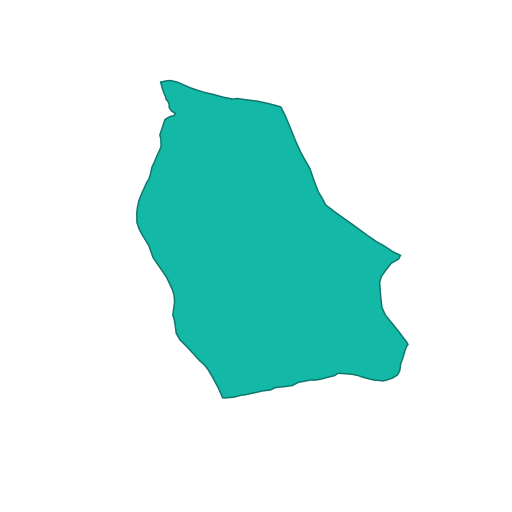 Dorbor, Grand Kru, Liberia, rotated 130°
{"feature_id": "62588387B97917112158690", "entity_name": "Dorbor", "entity_type": "district", "adm_level": 2, "iso_a3": "LBR", "parent_name": "Liberia", "parent_adm1": "Grand Kru", "projection": "equal_earth", "projection_center": [-8.281, 4.99], "detail": "fine", "context": "isolated", "style": "filled", "palette": "teal", "viewbox_px": 512, "rotation_deg": 130, "n_neighbors": 0, "source": "geoboundaries", "source_scale": "gbopen_adm2", "svg_char_len": 2024}
<svg xmlns="http://www.w3.org/2000/svg" viewBox="0 0 512 512"><g transform="rotate(130 256 256)"><path d="M162.7,145.7L163.3,148.3L164.7,153.6L166.0,164.8L167.6,173.1L168.7,184.5L169.7,200.4L170.8,213.9L171.5,222.7L172.1,235.5L169.1,242.7L166.9,249.2L162.9,256.5L161.4,259.2L154.2,271.3L149.6,283.9L147.4,289.3L141.9,300.7L135.8,312.0L129.9,323.5L125.9,332.6L126.2,333.5L128.0,337.6L131.7,345.4L136.5,354.4L142.3,363.4L147.6,371.9L150.5,374.3L155.2,382.8L159.8,392.8L163.8,400.6L166.7,407.4L169.8,415.7L173.2,427.6L176.4,434.1L178.8,436.7L183.0,440.0L184.0,440.9L187.9,435.4L190.6,430.9L192.4,427.2L193.8,425.5L194.4,422.1L195.9,419.7L197.9,418.2L199.2,414.0L198.6,409.6L201.5,409.0L203.9,411.3L207.1,412.5L210.0,413.4L212.5,412.5L213.4,412.1L218.8,409.9L224.9,407.6L228.1,403.5L233.5,398.8L241.3,396.7L241.8,396.6L249.1,394.3L254.8,392.8L261.3,389.4L263.9,388.3L265.9,387.5L270.4,386.9L276.9,385.0L280.8,384.0L289.1,381.2L295.1,378.0L299.5,375.1L306.9,368.7L310.6,362.6L313.3,355.6L313.8,354.0L317.1,344.5L323.4,333.7L325.3,327.0L327.1,320.3L329.1,313.3L329.7,311.1L333.0,303.8L335.6,298.3L338.7,293.5L343.6,288.8L349.6,285.0L354.6,281.8L357.4,277.6L361.5,272.8L366.5,267.4L369.2,260.1L369.2,259.1L369.9,251.1L371.3,239.6L372.4,232.1L372.5,226.3L372.6,225.5L373.8,219.7L377.3,210.0L381.4,199.8L385.8,190.9L386.1,190.3L384.0,187.8L378.2,182.1L371.9,177.7L369.8,175.5L358.3,166.6L355.3,164.4L350.5,159.9L349.4,158.8L344.6,156.7L340.1,152.6L338.9,151.2L331.8,144.9L326.5,142.7L325.3,142.3L323.1,140.3L315.9,134.5L313.3,131.2L309.0,127.4L302.8,123.1L297.3,119.0L293.0,117.7L289.7,113.2L284.5,105.8L281.8,100.6L280.2,96.3L278.3,92.2L277.9,91.3L275.1,85.7L272.3,81.8L269.9,78.2L266.6,75.9L261.8,73.0L258.6,71.9L256.0,71.1L251.3,72.2L245.7,75.8L238.7,78.4L232.6,81.1L228.9,82.4L226.1,82.7L225.2,84.8L223.3,93.2L222.4,97.0L220.1,108.5L218.2,118.7L214.5,126.4L208.0,133.3L205.9,135.4L202.7,138.6L196.6,144.4L190.9,146.8L183.0,147.5L174.6,147.7L166.7,144.8L162.7,145.7Z" fill="#14b8a6" stroke="#0f766e" stroke-width="1.5"/></g></svg>